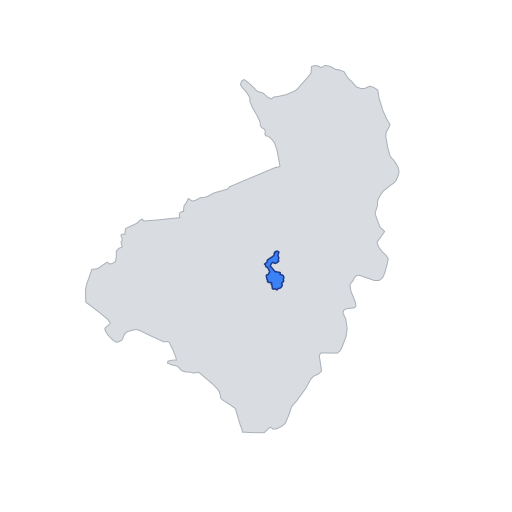 Kourweogo, Kourwéogo, Burkina Faso shown in context, rotated 158°
{"feature_id": "67063806B35388046796178", "entity_name": "Kourweogo", "entity_type": "district", "adm_level": 2, "iso_a3": "BFA", "parent_name": "Burkina Faso", "parent_adm1": "Kourwéogo", "projection": "equal_earth", "projection_center": [-1.825, 12.601], "detail": "fine", "context": "in_parent", "style": "filled", "palette": "blue", "viewbox_px": 512, "rotation_deg": 158, "n_neighbors": 0, "source": "geoboundaries", "source_scale": "gbopen_adm2", "svg_char_len": 7422}
<svg xmlns="http://www.w3.org/2000/svg" viewBox="0 0 512 512"><g transform="rotate(158 256 256)"><path d="M365.5,330.4L354.1,331.0L349.9,332.7L347.4,332.7L347.3,331.3L347.0,330.5L332.6,325.9L322.5,323.1L312.3,320.1L311.7,322.9L310.3,324.8L308.1,324.9L306.5,324.5L305.5,326.7L303.8,329.6L301.5,331.0L299.1,332.8L297.8,334.3L296.9,334.4L294.5,330.7L291.4,330.3L285.6,330.9L283.0,329.9L279.4,329.4L271.0,330.2L257.6,328.7L255.4,329.5L254.8,330.1L241.5,330.3L226.8,330.5L214.5,330.7L203.8,330.8L203.8,330.2L200.3,330.1L199.9,331.3L196.9,346.2L196.5,354.3L198.1,359.3L199.9,362.5L202.0,363.8L202.2,365.7L200.6,368.0L200.7,370.4L202.6,372.8L203.1,375.4L202.1,378.2L202.3,384.7L203.7,395.0L203.8,401.8L202.4,404.8L203.1,410.1L205.7,417.5L206.2,420.6L205.2,422.1L203.0,424.0L200.8,423.9L198.2,419.5L197.1,417.4L195.0,412.9L193.2,408.3L190.8,406.3L188.4,404.5L185.6,398.7L182.8,395.9L179.8,396.7L175.6,395.6L166.9,394.2L157.6,394.6L153.8,395.9L150.0,398.0L140.3,402.7L136.5,405.0L133.6,410.8L130.3,410.7L127.0,408.8L125.0,406.2L120.6,406.8L116.3,404.2L112.2,399.1L109.2,397.5L105.3,393.8L104.3,386.9L101.9,382.0L99.6,375.2L96.3,372.2L92.5,370.6L87.1,370.9L83.7,368.2L80.9,364.2L81.7,360.8L82.9,355.9L83.1,351.2L83.9,343.6L83.5,334.1L82.5,327.5L85.5,324.7L88.9,322.2L91.0,317.7L93.2,307.6L94.2,298.9L93.5,295.7L92.4,293.1L91.5,289.3L91.1,284.7L91.7,280.7L94.3,277.0L97.5,273.9L99.8,272.4L105.8,270.9L113.4,268.6L117.8,265.9L121.0,263.3L122.8,261.2L124.6,257.0L127.5,253.7L129.8,250.4L130.1,241.2L130.1,235.9L128.5,233.0L127.6,230.5L138.8,223.3L138.9,218.2L137.3,212.5L135.2,207.9L134.4,204.0L137.5,199.3L140.2,195.8L142.2,192.9L146.7,188.4L151.2,187.2L155.4,188.9L167.6,199.5L169.7,200.2L172.3,199.4L175.5,196.6L179.7,194.4L181.2,187.3L181.1,176.8L182.1,172.0L184.3,171.1L191.3,173.1L193.1,173.3L195.2,172.6L196.7,170.7L196.6,167.4L196.3,164.4L198.6,154.7L202.8,147.4L211.3,138.3L213.9,136.5L217.0,135.5L232.1,141.8L234.6,140.2L238.3,124.7L242.4,123.2L247.3,123.0L250.5,121.7L252.2,120.6L259.4,114.7L272.1,106.7L278.9,103.3L280.2,102.0L285.1,96.3L291.6,89.8L295.7,88.5L301.4,88.0L305.0,89.1L306.0,90.9L307.2,91.9L314.6,89.1L325.3,93.5L334.6,97.8L334.0,100.6L333.9,105.4L333.2,113.1L332.3,122.3L336.1,128.3L340.7,134.7L341.9,137.2L340.8,143.5L341.6,147.2L344.1,153.4L348.2,161.2L352.4,169.3L355.4,170.4L358.2,171.0L359.8,172.5L362.3,173.9L364.8,174.8L366.9,176.6L368.3,178.3L370.1,183.3L374.9,186.6L378.2,189.8L376.9,191.5L372.7,190.8L368.8,189.4L368.3,191.8L368.2,200.9L368.9,208.6L369.8,209.6L373.7,211.0L383.1,220.9L391.6,230.3L394.5,232.7L399.1,233.6L404.4,234.0L406.6,233.1L411.7,228.4L414.4,227.9L416.9,228.0L418.3,228.8L420.7,232.6L423.0,238.5L423.7,242.8L423.5,245.1L422.7,245.9L418.6,247.1L416.8,247.9L416.3,249.2L417.0,252.1L417.8,253.9L422.4,262.4L429.1,273.7L431.1,276.6L430.0,280.0L426.6,288.8L424.2,292.5L413.2,305.1L407.7,303.6L396.3,306.1L394.6,303.3L392.0,302.9L388.7,303.4L387.5,304.5L387.1,305.7L385.9,307.4L383.9,312.4L382.2,313.7L380.2,314.5L377.7,314.4L376.3,315.0L376.3,317.5L375.8,319.6L374.2,320.7L373.5,323.1L373.6,325.5L372.6,326.5L370.5,325.9L369.2,325.3L368.0,328.4L366.5,330.4L365.5,330.4Z" fill="#d9dde1" stroke="#a8b0b8" stroke-width="1"/><path d="M245.3,248.4L245.5,248.3L246.0,248.2L246.4,248.1L246.7,248.0L247.1,247.8L247.3,247.6L247.4,247.4L247.6,247.1L247.7,246.8L247.9,246.5L247.9,246.4L248.0,246.2L248.3,246.0L248.8,245.9L249.4,245.8L249.8,245.6L250.3,245.5L250.8,245.4L251.1,245.3L251.1,245.2L250.8,244.6L250.7,244.3L250.6,243.9L250.6,243.6L250.6,243.4L250.6,243.1L250.7,242.9L250.7,242.7L250.8,242.4L250.7,242.3L250.7,242.2L250.4,241.9L250.3,241.7L250.1,241.5L249.9,241.3L249.8,241.2L249.6,241.0L249.5,240.8L249.4,240.5L249.4,240.2L249.4,239.8L249.4,239.3L249.4,238.9L249.4,238.6L249.3,238.2L249.3,237.8L249.3,237.3L249.2,236.9L249.2,236.7L249.1,236.3L249.1,236.2L249.3,236.0L249.6,235.8L249.9,235.6L250.2,235.5L250.6,235.2L250.9,234.8L251.2,234.6L251.5,234.5L251.7,234.4L252.0,234.3L252.3,234.3L252.6,234.4L252.8,234.3L253.0,234.4L253.4,234.3L253.5,234.2L253.8,234.0L253.8,233.7L254.0,233.3L254.1,232.9L254.1,232.7L254.2,232.4L254.2,232.1L254.3,231.8L254.3,231.6L254.3,231.2L254.4,230.9L254.4,230.6L254.5,230.5L254.5,230.4L254.5,230.1L254.5,229.9L254.4,229.3L254.4,229.1L254.5,229.0L254.5,228.9L254.5,228.5L254.6,228.4L254.9,228.1L254.9,227.9L254.8,227.7L254.7,227.4L254.6,227.1L254.4,226.9L254.2,226.7L253.9,226.6L253.7,226.5L253.2,226.5L252.9,226.4L252.6,226.3L252.4,226.2L252.1,225.9L252.1,225.7L252.2,225.3L252.2,225.1L252.3,224.7L252.2,224.7L252.3,224.6L252.3,224.2L252.2,224.1L252.3,224.0L252.2,223.9L252.2,223.7L252.1,223.4L252.2,223.1L252.2,222.7L252.3,222.3L252.4,221.9L252.6,221.3L252.8,220.6L252.9,220.2L252.9,219.9L253.0,219.7L252.9,219.5L252.9,219.3L252.7,219.1L252.3,218.8L252.0,218.7L251.7,218.8L251.3,218.7L251.1,218.6L250.8,218.4L250.6,218.1L250.3,217.9L250.1,217.7L249.9,217.5L249.8,217.4L249.7,217.3L249.6,217.1L249.4,216.8L249.2,216.7L248.9,216.9L248.6,217.1L248.3,217.3L248.0,217.4L247.6,217.5L247.2,217.5L246.9,217.4L246.5,217.3L246.0,217.2L245.8,217.2L245.7,217.2L245.4,217.3L245.0,217.4L244.5,217.6L244.3,217.7L244.1,217.8L243.7,218.0L243.2,218.4L243.1,218.5L242.8,218.8L242.6,219.1L242.5,219.4L242.5,219.6L242.4,219.8L242.5,220.0L242.5,220.3L242.6,220.5L242.4,220.8L242.3,221.1L242.1,221.3L241.8,221.5L241.7,221.6L241.4,221.6L241.1,221.7L241.0,221.8L240.8,221.9L240.6,221.9L240.4,221.9L240.2,222.0L239.9,222.2L239.8,222.3L239.7,222.6L239.6,223.1L239.6,223.4L239.5,223.7L239.4,224.0L239.2,224.4L238.9,224.7L238.6,225.1L238.4,225.4L238.3,225.7L238.2,226.0L238.1,226.5L238.1,226.8L238.1,227.3L238.2,227.6L238.3,227.8L238.4,228.1L238.6,228.2L238.7,228.3L238.8,228.4L238.8,228.5L239.0,228.6L239.3,228.9L239.4,229.0L239.5,229.2L239.6,229.3L239.8,229.4L239.9,229.5L240.1,229.6L240.2,229.8L240.3,229.9L240.4,230.0L240.5,230.0L240.5,230.3L240.4,230.5L240.2,230.7L240.0,231.0L239.9,231.3L239.8,231.5L240.0,231.8L240.2,232.0L240.4,232.0L240.5,232.1L240.8,232.3L241.1,232.4L241.4,232.6L241.6,232.7L241.9,232.9L242.1,233.0L242.3,233.2L242.6,233.5L242.9,233.8L243.1,233.9L243.2,234.0L243.5,234.0L243.8,234.0L244.0,234.0L244.3,234.5L244.4,235.0L244.5,235.5L244.7,235.9L244.8,236.2L244.9,236.4L245.0,236.5L245.1,236.8L245.2,237.2L245.2,237.6L245.4,238.2L245.6,238.8L246.0,239.9L246.2,240.4L246.3,240.7L246.4,241.0L246.5,241.2L246.6,241.3L246.5,241.5L246.2,241.8L245.8,242.1L245.4,242.5L245.2,242.7L244.6,243.1L244.2,243.4L243.9,243.5L243.5,243.7L243.3,243.8L243.0,243.9L242.8,243.8L242.7,243.7L242.4,243.4L242.3,243.2L242.0,242.9L241.8,242.6L241.6,242.4L241.2,242.1L240.9,241.9L240.6,241.9L240.2,241.9L240.0,242.0L239.8,242.0L239.4,242.0L239.2,241.9L238.8,242.0L238.7,242.0L238.4,242.1L238.2,242.2L238.0,242.3L237.7,242.4L237.3,242.5L237.1,242.5L236.9,242.8L236.8,243.0L236.8,243.4L236.8,243.8L236.7,244.1L236.6,244.3L236.1,245.0L235.7,245.5L235.5,245.9L235.5,247.1L235.5,247.7L235.5,248.1L235.2,248.6L234.8,249.1L234.4,249.7L233.9,250.4L233.5,250.9L233.4,250.9L233.4,251.0L233.6,251.7L233.8,251.8L234.0,252.0L234.4,252.5L234.5,252.6L234.8,252.7L235.0,252.7L235.3,252.6L235.5,252.7L235.9,252.8L236.1,252.8L236.4,252.8L236.5,252.8L236.7,252.7L236.6,252.4L236.7,252.1L237.1,252.0L237.3,252.2L237.6,252.2L237.8,252.0L237.9,251.8L238.0,251.7L237.9,251.6L238.1,251.5L238.4,251.1L238.6,250.7L238.8,250.4L238.9,250.1L239.0,250.0L239.2,249.8L239.4,249.7L239.6,249.6L240.6,249.4L242.1,249.0L243.3,248.8L245.2,248.4L245.3,248.4Z" fill="#3b82f6" stroke="#1e3a8a" stroke-width="1.5"/></g></svg>